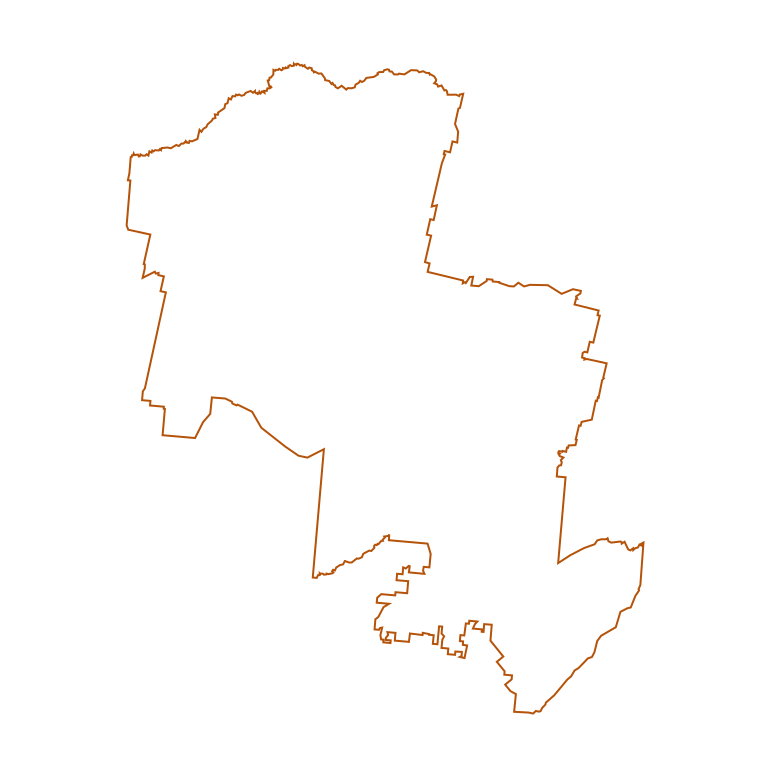 the district of Northern Grampians, Victoria, Australia, rotated 275°
{"feature_id": "25037944B95428670663886", "entity_name": "Northern Grampians", "entity_type": "district", "adm_level": 2, "iso_a3": "AUS", "parent_name": "Australia", "parent_adm1": "Victoria", "projection": "natural_earth1", "projection_center": [143.135, -36.85], "detail": "fine", "context": "isolated", "style": "outline", "palette": "amber", "viewbox_px": 768, "rotation_deg": 275, "n_neighbors": 0, "source": "geoboundaries", "source_scale": "gbopen_adm2", "svg_char_len": 6153}
<svg xmlns="http://www.w3.org/2000/svg" viewBox="0 0 768 768"><g transform="rotate(275 384 384)"><path d="M493.9,572.0L494.9,564.0L489.3,553.1L496.7,538.6L495.5,520.8L493.4,515.0L496.6,509.0L492.5,504.9L492.4,500.3L494.9,490.0L495.6,490.0L495.6,483.4L497.4,482.9L497.4,477.4L495.6,477.3L489.7,469.9L489.7,462.4L498.6,463.4L498.1,460.1L491.7,456.7L492.5,455.8L491.1,453.7L494.0,453.8L499.5,417.7L508.1,418.9L509.0,414.2L535.9,418.0L536.5,413.6L552.2,415.7L551.7,419.2L566.7,421.1L564.9,416.1L608.9,422.4L617.9,424.9L618.1,423.5L621.4,424.0L620.6,429.6L631.6,431.1L630.9,435.9L641.8,435.9L649.2,432.1L664.8,434.1L665.7,435.6L680.0,437.6L679.0,434.3L677.4,433.8L678.5,430.6L677.7,422.1L681.1,421.2L682.2,420.2L681.7,418.6L686.4,415.3L685.0,412.0L687.1,410.9L688.0,407.8L690.2,409.4L691.9,409.4L694.9,407.1L696.6,403.2L696.2,402.6L697.8,401.9L697.6,398.9L699.0,395.8L697.6,391.9L699.3,389.7L699.0,383.6L694.2,377.3L694.5,371.9L693.6,371.0L693.3,367.1L695.9,364.6L695.9,362.2L697.5,361.6L697.8,359.9L696.6,356.8L694.8,356.0L694.2,351.8L693.0,350.4L691.8,350.9L689.0,347.0L687.4,339.8L684.3,337.8L682.9,335.6L684.0,333.8L681.8,332.6L679.8,329.6L677.0,329.0L675.8,326.0L675.6,322.1L674.0,320.8L677.4,315.8L674.5,312.3L675.7,309.7L677.2,309.3L677.5,307.8L679.4,306.5L678.3,305.5L681.1,303.0L681.6,298.9L683.5,298.4L687.9,294.6L687.5,291.9L689.0,288.2L688.4,287.0L689.4,286.8L690.3,284.8L692.3,284.4L692.7,281.9L691.4,280.7L693.4,277.2L694.6,277.0L693.5,275.3L694.7,274.3L694.0,272.6L695.4,270.7L695.5,269.7L694.3,269.0L695.0,268.4L694.2,267.1L695.1,266.3L693.1,266.3L692.7,264.3L693.5,262.7L692.2,260.9L690.9,261.2L690.1,259.0L690.7,258.4L689.7,257.7L690.0,255.8L688.3,255.6L687.6,254.4L688.9,252.1L687.7,251.2L687.6,249.0L686.6,248.3L687.3,246.5L682.8,246.8L679.5,244.7L679.2,243.3L676.6,243.1L676.2,241.7L670.3,244.0L670.7,245.1L669.8,245.9L668.6,244.5L668.3,242.0L665.8,241.7L665.6,239.1L663.6,239.6L664.9,237.1L662.7,235.8L664.3,234.4L662.5,234.1L661.9,233.0L662.9,232.4L662.4,231.3L663.6,230.0L664.6,229.9L662.7,228.1L664.3,225.6L661.9,220.7L659.8,219.5L658.7,216.9L659.8,214.4L658.9,213.3L659.4,211.4L657.6,210.8L657.6,208.0L654.1,206.7L655.1,204.4L650.1,203.6L649.0,201.5L644.9,201.0L640.0,195.1L637.7,195.0L637.8,192.0L634.3,192.9L633.3,190.3L631.4,189.6L627.4,185.7L624.4,184.5L622.6,181.9L619.3,180.1L621.1,178.1L611.8,176.8L609.0,171.6L609.3,169.1L607.2,168.7L607.1,167.6L608.6,165.5L607.5,165.5L607.8,164.7L606.1,163.4L605.8,161.2L603.2,158.9L604.0,156.2L600.3,151.2L600.7,147.5L599.6,141.8L597.5,141.5L598.4,140.2L597.0,139.3L597.0,135.6L595.6,134.0L596.4,132.8L594.3,132.3L595.3,130.0L591.0,129.4L592.2,127.5L590.7,126.3L590.5,123.5L591.5,121.4L589.6,120.9L589.3,119.9L591.1,118.8L590.3,115.4L591.7,114.6L590.1,114.3L590.0,113.1L588.3,112.9L588.0,111.9L571.7,112.0L564.6,111.1L564.6,113.6L519.5,113.8L515.4,115.8L512.5,138.2L482.5,134.2L482.3,135.3L478.0,135.6L468.7,134.3L475.9,145.9L474.1,147.1L475.0,149.7L472.8,149.7L472.0,155.3L457.0,153.3L456.3,158.7L358.8,146.2L355.7,144.4L346.8,144.4L346.8,152.8L342.2,152.8L342.2,166.7L340.1,166.7L340.0,167.9L313.7,167.9L313.7,200.5L330.3,207.1L339.1,213.5L355.6,213.7L355.7,227.2L353.1,234.0L351.4,234.6L349.8,238.9L350.7,239.9L344.9,255.0L329.7,265.6L313.1,291.0L305.1,305.1L304.0,314.1L313.8,329.8L185.0,329.9L185.0,333.9L187.8,334.9L188.0,336.4L189.5,336.4L188.8,337.0L189.7,337.4L189.6,339.9L188.8,340.8L189.3,343.2L190.1,343.3L189.8,345.3L190.9,349.1L191.7,350.0L192.9,348.6L194.5,349.5L193.9,351.3L197.0,352.4L199.7,355.8L200.8,359.0L204.2,360.4L203.1,365.0L203.4,367.4L207.9,372.2L207.7,373.7L209.4,377.0L213.1,378.2L216.7,383.7L216.6,386.0L220.1,388.7L221.7,388.2L223.1,389.1L222.9,390.9L224.2,391.5L224.0,392.5L227.1,394.6L227.7,396.6L228.6,396.2L231.3,398.3L232.1,397.6L233.1,401.7L234.6,402.3L228.8,402.5L228.8,441.3L218.8,445.3L205.3,445.2L205.3,439.5L201.4,439.2L198.4,440.8L198.5,425.2L204.7,425.5L205.0,424.5L202.1,421.8L203.0,419.1L196.1,419.1L196.1,413.6L189.6,413.6L189.7,425.3L177.6,425.3L177.6,413.6L174.4,413.6L174.4,399.6L170.5,395.9L165.5,395.8L165.5,408.2L161.7,403.0L151.3,398.6L148.9,395.9L138.7,396.0L138.7,400.4L140.5,401.2L141.2,403.4L133.6,402.3L129.3,403.4L129.3,405.8L126.6,405.8L126.5,413.0L129.2,413.0L129.2,408.0L131.4,408.0L134.3,410.0L137.1,409.0L137.1,417.1L129.3,417.1L129.3,431.3L137.7,431.6L137.3,444.3L139.5,444.3L138.8,450.8L138.1,450.8L138.1,455.4L129.4,455.3L129.4,459.9L147.4,460.0L147.4,463.1L140.4,463.1L137.9,465.9L134.4,464.4L126.1,464.3L126.1,471.1L120.4,471.1L120.4,478.4L123.7,478.4L123.9,484.9L119.8,485.0L118.7,483.3L118.0,488.1L130.8,489.6L131.0,485.3L134.5,485.2L134.5,482.0L140.5,482.0L140.5,485.9L152.6,486.4L152.6,489.5L155.6,489.6L155.5,497.7L152.7,495.5L148.1,493.9L148.1,502.9L145.7,502.9L145.7,504.8L153.5,504.7L153.6,512.3L137.6,512.4L122.9,526.6L117.1,520.6L108.3,529.2L104.9,529.2L104.9,536.9L100.9,536.9L95.1,530.9L89.0,536.8L86.6,542.4L68.8,542.2L69.3,556.8L68.7,561.3L71.5,563.7L71.1,567.1L71.8,568.5L75.1,569.8L78.7,572.7L80.7,573.0L88.7,580.7L105.6,592.4L109.2,596.0L115.2,598.8L118.0,602.6L128.5,611.1L130.1,614.9L135.1,617.0L146.5,618.8L152.1,622.2L161.9,636.1L177.7,639.4L181.8,646.0L182.9,649.3L195.1,653.0L200.6,656.1L201.8,655.5L206.1,656.9L248.7,656.3L247.0,653.8L245.4,654.9L246.3,652.5L243.3,651.2L242.3,648.6L240.3,646.8L242.0,646.5L239.7,643.9L240.6,641.6L247.8,637.4L245.7,634.7L247.3,634.3L247.7,633.3L245.8,624.2L246.9,621.3L249.8,620.2L248.7,618.9L248.3,614.2L246.8,610.1L242.7,607.8L238.0,597.6L229.8,584.7L220.8,573.1L306.9,573.0L306.9,564.2L315.8,564.1L318.1,565.6L318.5,567.5L321.5,567.9L323.5,566.8L326.4,569.1L327.5,565.4L329.1,564.3L329.9,565.2L330.5,563.6L331.4,563.7L332.4,564.2L332.0,567.5L332.9,567.6L332.3,571.3L336.6,571.8L336.5,572.9L338.9,573.3L339.8,580.1L345.2,580.9L345.4,579.8L359.7,581.9L359.5,583.5L363.5,584.2L366.6,594.1L385.8,596.4L385.6,597.7L389.4,598.2L389.1,599.0L406.9,601.0L408.9,602.6L409.5,601.9L424.0,604.0L426.6,583.9L425.8,581.5L427.2,581.7L427.6,579.0L432.1,579.2L433.6,580.9L433.2,583.8L444.0,585.3L443.5,588.9L470.9,593.0L471.1,590.7L475.9,591.4L479.8,566.9L486.2,568.0L486.0,568.9L488.0,567.7L491.4,571.8L493.9,572.0Z" fill="none" stroke="#b45309" stroke-width="2"/></g></svg>